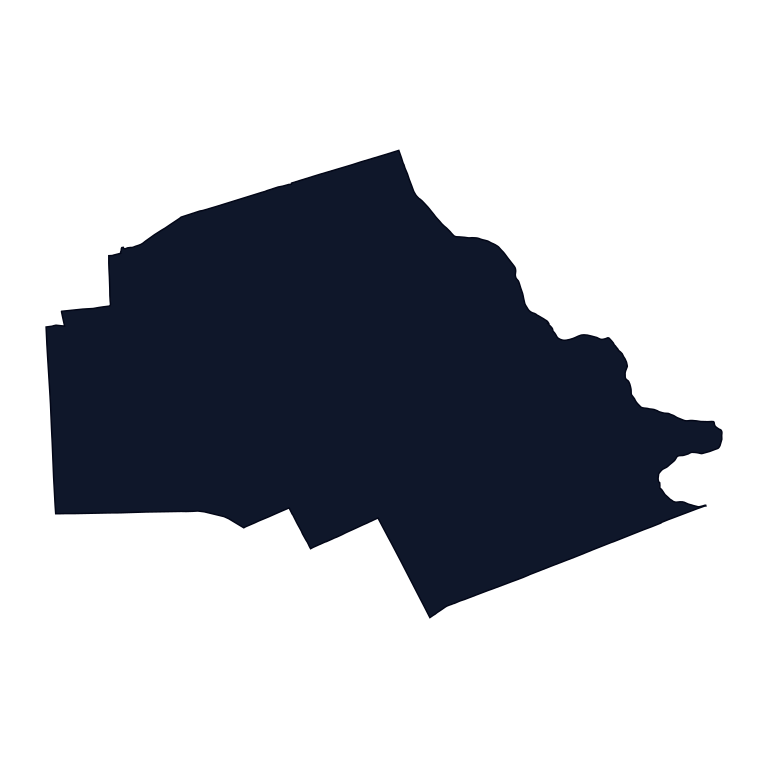 outline of Zambreasca, Teleorman, Romania
{"feature_id": "2599482B90342036503162", "entity_name": "Zambreasca", "entity_type": "district", "adm_level": 2, "iso_a3": "ROU", "parent_name": "Romania", "parent_adm1": "Teleorman", "projection": "robinson", "projection_center": [25.027, 44.306], "detail": "fine", "context": "isolated", "style": "filled", "palette": "ink", "viewbox_px": 768, "rotation_deg": 0, "n_neighbors": 0, "source": "geoboundaries", "source_scale": "gbopen_adm2", "svg_char_len": 6084}
<svg xmlns="http://www.w3.org/2000/svg" viewBox="0 0 768 768"><path d="M424.8,607.6L429.9,617.6L433.5,615.1L434.9,614.3L437.2,612.5L440.4,610.4L442.3,609.1L445.3,607.0L446.8,606.1L449.5,605.0L451.4,604.4L453.3,603.6L454.5,603.3L456.1,602.6L459.6,601.1L461.9,600.3L464.4,599.5L476.6,594.8L488.2,590.4L491.9,589.1L510.2,582.2L516.5,579.9L523.1,577.4L528.5,575.1L529.5,574.6L533.9,572.9L550.7,566.3L575.7,556.7L585.1,552.9L592.9,549.7L611.4,542.4L613.5,541.7L617.8,540.0L635.6,532.9L643.4,529.8L651.7,526.7L660.7,523.1L660.5,522.8L668.1,519.7L674.5,517.3L697.2,508.7L704.5,506.1L705.4,505.9L705.8,506.0L705.8,505.3L705.4,505.2L704.7,505.3L702.5,506.0L699.5,506.7L698.8,506.8L697.9,506.7L693.5,505.6L691.6,505.0L689.7,504.5L688.1,504.0L684.3,502.3L682.6,501.9L680.1,501.8L676.2,502.2L675.3,502.1L674.2,501.8L673.2,501.4L671.6,500.2L670.1,499.3L668.1,497.4L665.0,494.6L663.8,492.8L661.8,489.8L660.4,488.4L659.9,487.9L659.8,487.5L659.8,486.9L659.9,486.0L659.7,482.7L658.7,481.9L658.5,481.2L658.2,479.9L658.1,478.3L658.3,476.8L658.6,474.4L658.7,473.7L659.4,472.8L660.5,471.4L661.6,470.2L662.5,469.4L663.5,468.8L666.3,467.4L667.5,466.6L669.6,464.7L673.9,461.1L674.7,460.3L675.7,458.8L676.5,457.4L677.0,456.7L677.6,456.2L678.4,455.9L679.1,455.7L679.8,455.6L682.4,455.5L683.3,455.4L685.1,454.9L688.5,453.8L689.4,453.2L690.3,452.8L691.0,452.5L691.8,452.3L694.3,452.4L696.4,452.6L698.2,452.9L700.8,453.5L701.8,453.6L702.6,453.4L709.5,451.5L711.4,450.8L714.5,449.6L716.2,449.0L717.6,448.5L718.3,448.1L718.8,447.6L719.4,446.7L720.0,445.6L721.8,439.4L721.8,438.2L721.7,435.5L721.9,433.3L721.9,432.1L721.7,431.4L721.3,430.5L720.8,429.9L720.3,429.6L719.4,429.3L718.7,428.9L717.2,427.9L715.9,426.9L715.3,426.3L714.8,425.5L714.4,424.3L714.2,422.9L714.0,422.2L713.7,421.8L713.4,421.6L711.6,421.5L707.7,421.7L700.7,421.5L696.7,420.9L692.4,420.5L690.3,420.5L687.5,420.8L686.1,420.8L685.3,420.7L684.4,420.5L683.3,420.1L679.8,418.7L678.3,418.1L676.9,417.5L673.9,415.7L672.8,415.2L670.8,414.5L668.6,413.5L668.0,413.4L664.8,413.2L664.1,413.1L662.3,412.7L659.0,411.7L658.5,411.5L657.7,410.9L655.9,410.2L654.0,409.5L652.1,409.2L649.4,408.9L647.9,408.5L646.6,408.3L644.5,408.1L642.6,407.8L641.5,407.4L640.8,407.0L637.6,403.7L636.3,402.1L635.3,400.5L634.5,398.8L632.8,396.5L631.7,395.1L631.4,394.3L631.2,393.4L631.1,390.4L631.0,389.1L630.5,386.7L629.8,384.1L628.8,381.8L628.2,380.9L626.5,379.6L625.7,378.7L625.4,377.9L625.2,377.0L625.1,373.1L625.3,372.1L625.6,370.9L627.3,366.5L627.2,365.4L626.5,362.2L625.1,359.0L623.5,356.5L622.2,353.8L620.5,352.0L619.0,350.8L618.4,350.1L617.6,348.7L616.4,347.4L615.5,346.1L614.2,344.8L613.4,343.1L611.8,341.1L609.6,338.7L608.9,338.0L608.1,337.8L607.7,337.8L605.5,338.7L603.0,339.3L601.7,339.4L600.4,339.2L599.0,338.6L596.8,337.5L591.6,336.1L587.3,335.1L584.7,334.9L583.1,334.9L581.2,335.1L578.4,336.1L574.9,337.7L572.9,338.5L569.6,339.5L566.2,340.2L564.5,340.3L563.0,340.2L561.5,339.8L559.9,339.2L558.5,338.4L557.7,337.8L557.2,337.2L556.5,336.1L556.0,335.1L555.5,334.3L554.5,332.8L553.0,331.1L552.5,328.9L552.0,328.0L550.9,326.7L549.5,325.3L548.7,324.3L547.9,323.6L548.7,323.3L547.8,321.9L547.2,321.2L546.4,320.6L545.2,319.9L543.6,318.8L541.5,317.6L538.6,315.9L536.9,315.0L536.1,314.3L534.6,313.5L532.2,312.7L530.6,311.8L529.2,310.7L528.2,309.5L525.5,305.1L524.8,303.6L523.7,298.8L523.0,295.2L522.5,293.2L520.7,288.0L519.6,284.4L518.9,282.2L518.3,280.9L517.0,279.4L516.2,278.4L515.8,277.5L515.4,276.0L515.3,274.5L515.5,273.0L515.7,271.0L515.5,269.0L515.0,267.5L514.1,266.1L510.6,261.6L508.1,258.4L505.0,254.2L503.5,252.3L501.0,249.7L498.5,246.9L497.4,246.1L495.3,244.8L493.5,243.9L491.2,242.9L487.9,241.1L486.9,240.8L484.6,240.2L483.2,239.9L480.4,239.1L479.8,238.8L479.0,238.5L477.5,238.1L476.0,237.9L472.0,237.7L470.8,237.8L468.8,237.9L464.5,237.3L459.5,236.9L457.0,236.8L456.1,236.7L454.7,236.3L453.8,235.7L451.6,233.4L450.1,231.6L446.5,228.0L444.2,226.1L441.6,223.6L439.8,221.4L437.4,218.8L435.4,216.5L434.3,215.0L428.1,207.3L424.3,203.2L422.0,200.8L420.0,199.1L419.1,198.6L417.4,196.9L416.5,195.9L415.8,195.0L414.0,191.9L413.4,190.5L411.7,185.8L409.2,179.3L407.4,173.8L405.0,168.2L404.1,165.3L403.9,164.6L403.3,163.6L402.8,162.2L401.4,157.7L398.8,150.4L383.0,155.3L363.6,161.1L360.9,161.9L352.3,164.7L344.6,167.0L319.6,174.4L291.8,183.0L291.4,183.2L291.3,183.6L291.3,184.3L290.3,184.5L289.6,184.4L289.0,184.4L284.0,185.8L282.5,186.2L278.2,187.0L267.1,190.6L264.9,191.5L261.7,192.4L258.5,193.4L216.0,206.6L203.5,210.3L202.3,210.6L199.9,211.0L181.2,217.1L180.7,217.4L179.7,218.3L170.4,224.5L165.1,228.1L161.7,230.1L154.5,234.7L145.4,241.2L142.9,243.2L141.1,244.3L138.9,245.2L135.2,246.4L133.5,247.1L132.5,247.4L131.8,247.5L130.2,247.5L128.9,247.7L127.8,247.8L127.2,248.0L125.5,248.7L125.2,248.8L124.7,248.8L124.3,248.6L123.7,248.4L123.5,248.1L123.3,247.7L123.3,247.4L122.1,247.5L121.8,247.6L121.6,248.0L121.4,248.5L121.2,250.6L120.9,251.3L120.6,252.5L120.6,252.8L120.7,253.3L113.2,255.2L113.2,255.5L108.8,255.7L108.8,262.9L109.0,269.0L109.4,276.8L109.8,289.0L109.9,295.6L110.2,301.1L110.5,304.3L110.2,305.2L109.6,306.0L109.3,306.1L102.9,306.9L98.8,307.5L93.2,308.5L82.9,309.1L61.6,311.3L61.5,311.7L62.5,316.5L64.6,326.1L56.0,325.2L53.7,325.7L52.1,326.2L46.1,327.0L46.9,344.6L47.6,356.7L49.9,393.5L50.5,404.3L51.5,428.2L52.2,442.4L52.9,459.4L53.6,476.9L55.1,505.0L55.7,513.7L59.9,513.7L64.9,513.6L73.3,513.6L109.3,512.9L120.3,512.8L126.2,512.6L146.0,512.0L158.1,511.8L164.3,511.7L181.3,511.4L186.1,511.5L192.7,511.3L197.8,511.0L204.3,511.8L224.1,516.6L228.7,518.7L243.8,527.8L245.5,526.8L254.6,522.9L258.4,521.1L268.5,516.9L279.1,512.2L289.1,507.9L292.2,514.1L292.9,515.0L296.7,522.6L297.7,524.5L300.0,528.6L301.3,531.0L302.5,533.8L306.0,540.1L307.3,542.1L308.5,544.5L309.4,546.5L310.6,548.7L313.0,547.4L317.7,545.3L318.9,544.7L320.0,544.3L324.8,542.1L326.4,541.6L331.8,539.2L334.3,538.0L336.9,537.0L340.6,535.3L342.1,534.6L345.4,532.9L348.4,531.5L352.0,529.9L355.5,528.3L362.8,524.9L367.2,523.0L369.6,521.8L371.5,521.0L373.7,519.9L378.0,518.0L388.1,537.1L391.4,543.2L400.7,560.9L417.4,593.3L420.6,599.5L424.8,607.6Z" fill="#0f172a" stroke="#020617" stroke-width="1.5"/></svg>